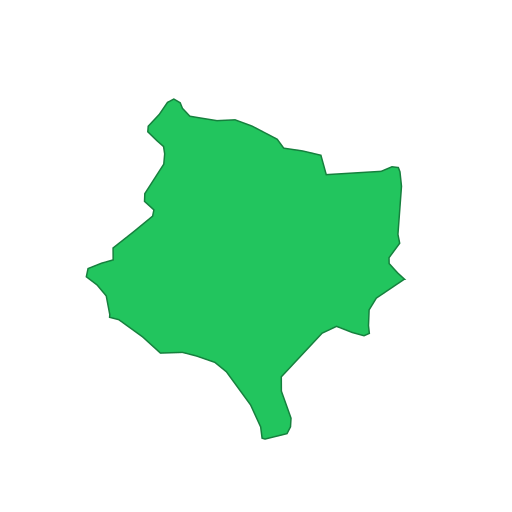 outline of Kosovo, rotated 338°
{"feature_id": "XKX", "entity_name": "Kosovo", "entity_type": "country or territory", "adm_level": 0, "iso_a3": "XKX", "parent_name": "Europe", "parent_adm1": "", "projection": "equal_earth", "projection_center": [20.84, 42.557], "detail": "fine", "context": "isolated", "style": "filled", "palette": "green", "viewbox_px": 512, "rotation_deg": 338, "n_neighbors": 0, "source": "natural_earth", "source_scale": "50m", "svg_char_len": 1024}
<svg xmlns="http://www.w3.org/2000/svg" viewBox="0 0 512 512"><g transform="rotate(338 256 256)"><path d="M151.2,187.8L175.1,180.3L178.6,175.0L173.1,163.6L176.3,156.5L204.9,136.3L209.6,127.1L211.3,119.9L207.5,112.3L202.2,100.3L204.7,95.3L219.5,88.4L231.5,80.4L238.6,79.7L243.1,85.5L243.1,91.5L247.0,101.6L255.8,107.0L270.5,115.9L287.6,121.9L301.0,134.1L319.4,155.7L322.1,166.4L338.6,176.1L353.9,186.9L351.6,206.9L403.8,224.4L415.5,224.2L421.1,227.3L421.0,231.9L417.0,245.9L395.7,289.1L394.0,298.0L378.7,307.4L376.6,312.9L381.0,324.8L385.0,333.2L384.7,333.1L351.8,340.1L340.7,348.3L334.2,362.7L332.1,370.2L326.3,370.4L316.6,363.0L304.3,351.4L288.4,352.3L234.2,377.5L228.9,390.8L227.7,419.5L224.0,427.3L218.2,432.3L195.8,429.1L193.4,427.2L196.3,416.2L195.2,392.1L185.2,352.3L178.0,339.2L163.2,326.3L151.7,317.8L131.0,310.2L120.5,288.4L104.9,263.6L97.3,258.0L98.5,255.5L102.2,236.9L97.8,223.3L90.9,211.7L95.6,204.7L110.1,204.8L122.1,206.1L126.5,195.0L151.2,187.8Z" fill="#22c55e" stroke="#15803d" stroke-width="1.5"/></g></svg>